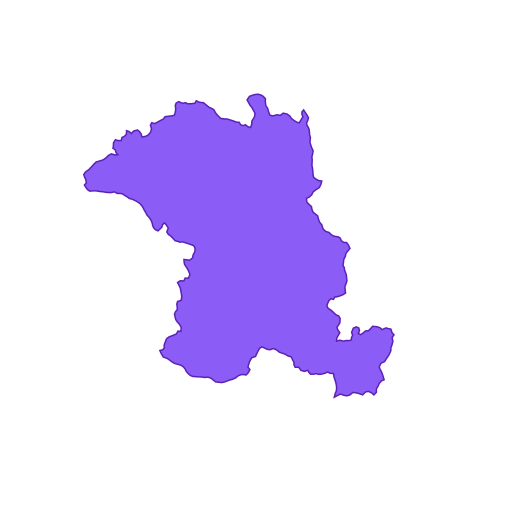 Lima Duarte, Minas Gerais, Brazil (Mercator projection), rotated 45°
{"feature_id": "56859067B81519323949553", "entity_name": "Lima Duarte", "entity_type": "district", "adm_level": 2, "iso_a3": "BRA", "parent_name": "Brazil", "parent_adm1": "Minas Gerais", "projection": "mercator", "projection_center": [-43.877, -21.8], "detail": "fine", "context": "isolated", "style": "filled", "palette": "violet", "viewbox_px": 512, "rotation_deg": 45, "n_neighbors": 0, "source": "geoboundaries", "source_scale": "gbopen_adm2", "svg_char_len": 5531}
<svg xmlns="http://www.w3.org/2000/svg" viewBox="0 0 512 512"><g transform="rotate(45 256 256)"><path d="M81.1,254.1L81.3,257.5L78.3,257.7L75.8,258.9L78.3,261.6L78.3,264.4L77.4,267.1L79.1,269.6L77.0,271.8L74.4,273.2L75.1,276.6L77.3,279.0L78.7,281.0L81.2,280.4L84.0,281.9L86.6,282.1L84.8,284.3L81.5,286.0L80.5,289.4L80.5,292.9L79.9,296.2L78.1,299.6L76.5,302.5L76.4,305.7L76.6,308.8L76.7,313.1L76.0,317.3L76.6,320.2L78.8,321.3L81.7,322.4L84.4,324.3L84.5,327.2L87.4,327.8L90.0,328.2L92.6,327.7L94.4,325.5L97.0,322.9L100.0,320.8L102.5,318.7L105.5,316.6L108.4,314.0L110.6,310.7L113.6,309.9L115.3,308.2L117.3,306.6L120.2,306.0L122.9,305.3L125.8,304.9L128.0,303.5L130.1,302.7L133.6,301.6L137.0,301.0L141.0,301.4L144.3,302.5L147.1,303.2L149.9,304.1L153.1,304.3L156.4,304.9L159.2,306.1L161.7,307.7L164.0,308.5L166.5,308.5L169.0,307.5L169.0,304.8L169.1,302.3L167.8,299.9L167.9,297.3L170.8,297.5L174.2,298.3L175.9,302.1L178.9,302.7L181.2,302.2L185.1,302.2L187.9,302.4L190.2,301.1L192.3,300.1L194.0,298.0L196.6,296.6L199.4,295.2L202.4,293.7L204.6,292.8L207.3,293.5L209.6,296.0L210.8,299.8L212.5,302.2L212.0,306.0L209.4,307.9L207.5,309.4L209.4,311.1L211.5,312.5L214.6,313.1L218.1,314.0L222.3,315.7L223.9,319.5L221.5,321.7L222.6,324.7L219.9,327.1L219.3,330.2L222.1,331.1L225.3,332.3L228.4,334.4L232.1,337.1L234.4,340.2L232.7,343.7L234.0,346.0L236.2,347.7L238.3,349.6L238.4,352.1L239.4,354.7L242.2,356.5L244.2,357.7L247.1,358.3L250.5,358.5L253.7,359.4L256.2,362.5L253.9,364.2L254.8,367.5L253.3,371.2L251.7,374.6L251.3,377.8L252.4,380.4L254.0,383.9L256.2,385.9L256.3,388.4L254.8,390.8L258.0,392.0L261.9,393.0L265.2,391.4L267.7,390.8L270.7,390.4L273.1,389.9L275.2,389.1L277.6,387.7L280.0,386.4L282.6,385.7L285.7,386.0L288.3,386.9L290.6,387.1L294.0,386.9L296.6,385.8L298.4,384.2L300.5,382.4L302.7,380.3L305.6,378.2L307.6,375.7L310.3,374.3L313.4,373.9L316.4,373.6L319.0,371.6L321.3,369.7L323.1,366.8L324.8,362.9L326.6,359.7L327.8,356.6L328.1,353.3L329.5,350.2L331.2,348.5L333.1,347.2L333.1,344.1L332.0,340.6L328.8,340.2L327.6,338.1L326.1,335.1L324.9,331.0L326.7,327.4L325.7,324.7L324.8,322.2L323.9,319.1L324.3,316.2L327.2,315.0L329.9,314.1L332.2,312.4L333.6,309.3L336.7,307.9L340.5,307.5L343.0,306.3L346.1,304.8L349.5,304.0L352.1,302.4L355.5,303.6L358.1,304.4L359.8,306.1L362.3,307.0L364.9,304.5L368.7,305.1L371.9,303.3L373.4,300.2L375.5,300.9L378.2,301.0L380.4,298.7L381.8,296.5L383.9,295.5L385.5,293.7L387.4,290.7L388.8,287.3L391.3,286.6L393.9,284.3L396.7,286.4L400.3,288.2L402.8,289.6L404.8,291.0L406.5,292.5L408.2,294.6L409.3,297.3L411.2,300.5L412.2,297.2L413.3,293.9L416.8,292.3L419.1,290.6L420.6,288.0L421.0,284.0L423.3,282.2L426.1,280.4L429.6,278.8L429.6,274.4L431.5,272.1L434.7,271.0L437.6,270.9L437.5,267.3L435.1,264.8L434.2,261.3L433.2,258.9L433.0,255.6L434.1,252.9L431.7,251.6L429.4,250.4L426.2,249.0L423.9,248.4L421.5,247.2L420.2,243.5L421.6,239.7L420.9,236.9L420.1,232.5L419.1,229.5L418.1,227.3L416.3,225.6L415.1,222.9L413.2,219.6L409.9,217.3L409.4,214.2L406.3,214.0L403.1,212.3L401.2,213.6L398.8,214.9L397.2,218.9L394.3,219.1L391.5,220.5L388.2,223.2L388.4,226.5L388.4,229.3L386.4,231.6L386.2,234.3L385.7,237.5L383.1,238.5L382.1,235.7L379.6,234.2L377.0,235.2L375.8,238.2L377.6,242.4L380.4,243.7L381.1,246.0L382.8,248.0L381.5,250.2L379.5,252.0L378.1,254.3L374.8,256.3L373.1,259.2L371.1,256.8L370.3,254.1L369.5,251.0L366.0,250.3L363.6,249.3L363.2,246.6L362.6,244.0L359.7,240.7L356.8,239.9L354.2,241.0L351.0,241.1L347.6,241.2L343.9,242.0L341.2,241.0L340.1,238.6L339.1,235.8L339.3,233.1L341.5,231.9L340.7,229.5L342.1,227.6L343.4,225.2L344.9,221.8L345.5,218.9L343.1,217.0L340.5,214.8L339.3,212.0L337.9,209.3L335.4,207.3L333.4,205.6L331.0,204.4L328.5,203.3L326.7,201.8L324.2,201.2L322.6,198.9L320.5,196.4L319.4,193.0L317.8,190.7L317.4,187.7L317.1,184.2L313.7,182.9L310.6,182.4L308.3,184.4L305.5,184.9L303.1,183.8L300.6,184.3L298.4,186.0L296.3,187.2L293.7,187.7L291.0,187.7L288.0,189.3L284.9,189.5L282.8,188.7L280.5,187.4L276.9,187.1L273.8,185.6L271.2,184.0L268.5,184.3L265.4,184.7L262.3,183.3L260.2,181.8L257.2,182.0L253.7,181.9L250.9,179.5L252.0,176.6L252.1,173.3L251.1,170.5L251.5,166.9L252.4,162.8L251.1,159.2L249.5,156.5L246.9,158.4L243.6,159.3L241.1,159.6L238.5,157.9L235.8,155.5L233.6,153.8L231.4,152.3L229.7,150.4L227.6,148.1L225.5,146.5L224.0,144.0L222.0,141.2L218.4,139.9L215.9,138.6L213.8,137.5L212.3,135.7L210.7,133.7L208.2,132.4L205.8,130.3L204.0,128.9L201.8,128.0L199.6,127.5L197.7,126.2L196.7,123.4L195.3,121.1L192.2,120.2L188.9,119.6L186.4,119.0L186.6,121.6L188.2,123.3L190.8,124.5L191.5,127.6L192.4,131.2L190.3,132.5L187.0,133.3L183.7,133.7L181.0,133.1L177.4,133.7L174.2,135.8L173.7,139.4L171.2,141.1L169.8,143.3L168.6,145.3L166.0,146.6L162.9,145.1L159.7,143.3L156.6,142.7L153.7,140.5L151.4,138.1L148.5,138.0L146.0,138.5L143.2,140.0L141.5,142.0L140.1,144.2L138.5,147.7L139.3,152.0L142.4,152.8L145.0,153.6L147.9,153.9L151.4,154.9L154.2,155.7L156.3,158.2L157.2,161.3L157.7,163.6L159.7,165.6L161.3,169.0L158.6,170.4L155.8,170.6L154.6,173.0L152.4,174.0L149.4,173.4L147.7,175.1L144.7,176.4L141.6,178.0L138.8,179.5L136.4,181.7L133.7,183.7L129.7,183.7L126.2,183.4L122.9,182.4L120.6,182.9L117.7,184.0L114.1,184.4L110.5,184.7L107.5,187.2L104.0,188.5L104.8,191.2L102.5,194.1L100.1,196.7L97.9,197.3L95.9,200.1L92.2,201.5L91.4,204.3L92.5,206.7L94.8,208.4L96.9,210.9L98.7,213.9L97.7,216.0L95.2,219.2L93.2,221.7L93.6,224.9L92.6,227.8L91.6,231.3L90.8,233.9L88.0,235.5L88.9,238.2L92.0,239.8L93.9,242.9L94.2,246.4L93.6,248.9L91.4,252.4L88.1,250.8L85.8,250.4L83.1,250.7L81.1,254.1Z" fill="#8b5cf6" stroke="#5b21b6" stroke-width="1.5"/></g></svg>